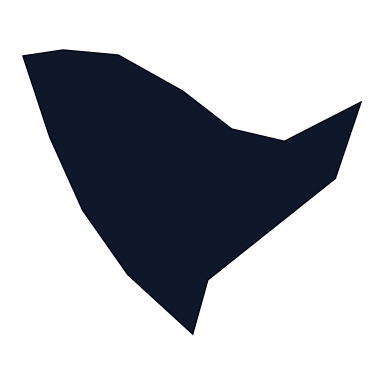 outline of Ceuta
{"feature_id": "ESP-5815", "entity_name": "Ceuta", "entity_type": "Autonomous City", "adm_level": 1, "iso_a3": "ESP", "parent_name": "Spain", "parent_adm1": "", "projection": "orthographic", "projection_center": [-5.347, 35.887], "detail": "fine", "context": "isolated", "style": "filled", "palette": "ink", "viewbox_px": 384, "rotation_deg": 0, "n_neighbors": 0, "source": "natural_earth", "source_scale": "10m", "svg_char_len": 292}
<svg xmlns="http://www.w3.org/2000/svg" viewBox="0 0 384 384"><path d="M192.7,334.0L127.9,274.7L82.7,210.3L49.7,136.9L23.0,56.0L63.0,50.0L118.3,55.1L182.8,91.2L231.6,129.0L284.4,141.3L361.0,102.1L335.3,178.4L207.8,279.9L192.7,334.0Z" fill="#0f172a" stroke="#020617" stroke-width="1.5"/></svg>